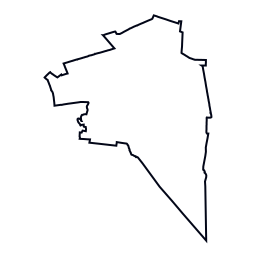 outline of Valea Nucarilor, Tulcea, Romania
{"feature_id": "2599482B55902269150341", "entity_name": "Valea Nucarilor", "entity_type": "district", "adm_level": 2, "iso_a3": "ROU", "parent_name": "Romania", "parent_adm1": "Tulcea", "projection": "robinson", "projection_center": [28.899, 45.009], "detail": "fine", "context": "isolated", "style": "outline", "palette": "ink", "viewbox_px": 256, "rotation_deg": 0, "n_neighbors": 0, "source": "geoboundaries", "source_scale": "gbopen_adm2", "svg_char_len": 5313}
<svg xmlns="http://www.w3.org/2000/svg" viewBox="0 0 256 256"><path d="M202.6,66.1L201.9,65.7L201.6,65.5L202.9,65.5L203.4,65.5L204.4,65.5L205.8,65.5L205.8,63.6L205.9,62.7L205.9,60.0L201.8,59.9L200.9,59.9L198.8,59.9L198.1,59.8L196.8,59.8L194.9,59.8L194.5,59.6L193.6,59.4L192.3,58.9L190.6,58.3L189.6,58.0L188.9,57.6L187.1,56.4L186.5,56.1L184.2,54.6L183.1,54.0L181.6,53.1L181.5,52.9L181.5,52.6L181.8,48.9L182.0,46.9L182.1,44.7L182.1,44.3L182.6,32.6L182.6,32.4L182.3,32.3L180.0,31.4L180.9,24.4L181.3,21.3L179.0,21.2L178.8,22.1L178.7,22.3L178.4,23.5L176.9,23.0L176.3,22.8L173.8,22.0L171.6,21.3L170.3,20.9L166.0,19.4L157.9,16.8L156.8,16.3L153.8,15.4L152.3,18.8L151.4,19.3L149.9,19.9L148.2,20.6L143.8,22.5L143.7,22.6L141.2,23.6L138.7,24.7L138.5,24.8L137.9,25.1L137.4,25.4L137.2,25.5L137.0,25.4L133.6,26.8L132.3,27.5L131.8,27.7L130.4,28.4L129.6,28.6L129.0,29.1L128.3,29.5L126.0,30.7L123.9,31.8L122.7,32.5L122.4,32.7L122.2,32.8L120.8,33.5L120.3,33.7L119.9,33.9L119.8,34.0L119.2,34.0L118.5,34.0L116.6,33.9L116.5,33.7L115.5,31.8L115.4,31.6L115.2,31.5L114.9,31.6L114.0,31.8L112.9,32.1L107.4,33.8L106.6,34.0L105.2,34.5L104.1,34.9L103.6,35.2L103.4,35.2L103.0,35.2L103.1,35.3L114.4,48.4L113.7,48.6L110.7,49.6L109.9,49.9L109.0,50.1L107.7,50.4L106.3,50.9L106.1,50.9L105.0,51.2L102.4,52.0L99.6,52.8L98.6,53.0L96.3,53.6L95.4,53.9L95.0,53.8L94.8,54.1L94.4,54.3L91.1,55.3L90.8,55.3L90.3,55.4L89.0,55.7L88.7,55.8L88.6,56.0L88.4,56.1L88.1,56.2L87.8,56.3L87.4,56.5L86.1,56.8L85.0,57.1L84.2,57.4L83.0,57.7L82.5,57.9L80.1,58.6L79.4,58.8L78.6,59.0L78.2,59.1L77.1,59.4L77.1,59.5L76.7,59.5L63.6,63.5L63.9,64.2L64.7,66.1L64.7,66.3L67.4,72.9L67.6,73.5L66.0,73.9L61.7,75.3L61.3,74.5L57.4,77.4L56.7,77.0L53.4,74.8L52.7,74.2L52.4,74.1L52.2,74.0L51.9,73.7L51.2,73.2L50.5,72.6L50.4,72.5L50.3,72.4L50.2,72.2L50.0,72.3L49.6,72.5L48.7,73.4L46.3,75.7L45.2,76.9L44.8,77.2L44.6,77.5L46.6,79.3L47.6,79.9L47.6,80.1L47.9,80.7L47.9,80.8L48.2,81.6L48.5,82.2L48.6,82.6L48.9,83.2L49.0,83.6L49.5,84.9L49.9,85.7L50.2,86.8L50.6,88.0L51.0,89.2L51.4,90.4L51.3,90.5L51.8,91.1L52.1,91.4L52.3,91.7L52.6,92.5L52.9,93.2L53.0,93.5L53.4,96.0L53.5,96.2L53.8,98.3L53.8,98.6L54.3,102.9L54.5,105.7L61.0,104.8L61.5,104.9L62.5,104.7L62.9,104.6L64.3,104.3L64.5,104.3L65.8,104.1L68.3,103.7L71.4,103.3L75.8,102.7L78.1,102.4L80.6,102.0L81.2,102.0L83.0,102.0L88.2,102.2L88.5,102.7L88.5,102.9L88.5,103.1L88.4,103.4L87.8,104.7L87.5,105.1L87.0,105.9L86.8,106.9L86.9,107.3L87.0,108.2L87.3,108.7L87.5,109.3L87.6,109.9L87.5,110.6L87.3,111.2L87.0,112.1L86.7,113.3L86.4,114.3L85.6,114.2L85.1,114.2L84.5,114.3L84.1,114.3L83.5,114.5L82.8,114.9L82.6,114.9L82.4,114.9L82.1,114.9L82.0,115.0L81.8,115.1L81.7,115.3L81.5,115.6L81.3,116.2L81.1,116.6L80.9,117.2L80.9,117.3L80.8,117.6L80.9,117.9L80.9,118.2L80.9,118.6L81.0,118.7L81.0,119.2L81.2,120.3L81.2,120.5L81.5,121.0L81.4,121.0L81.0,120.5L81.0,120.4L80.8,119.5L80.8,119.3L78.4,118.5L78.0,118.6L77.7,118.9L77.6,119.0L77.5,119.3L77.6,119.8L77.6,120.3L77.8,120.8L77.9,121.1L78.1,121.5L78.2,122.0L78.6,122.6L80.0,124.2L80.2,124.6L80.3,125.3L80.5,125.5L80.9,125.3L81.6,124.9L82.2,124.8L83.0,124.7L83.7,124.6L83.7,125.6L83.7,126.2L83.7,126.4L83.8,126.6L84.1,126.8L85.7,127.0L85.7,127.4L85.9,128.0L86.0,129.2L85.8,131.2L82.6,130.6L81.6,132.6L79.8,132.4L79.6,136.3L79.6,136.7L79.7,136.9L79.8,137.0L79.9,137.4L79.8,138.4L79.7,138.8L80.7,138.9L83.3,139.0L87.5,139.3L90.0,139.4L89.4,142.7L98.6,143.7L116.3,145.7L116.7,142.9L116.8,142.6L116.8,142.1L121.1,142.8L122.4,143.0L124.5,143.3L126.7,143.6L126.9,143.8L127.2,144.1L127.7,145.1L128.1,145.3L128.3,145.7L128.5,146.6L128.6,146.9L128.8,147.4L128.8,147.9L129.0,148.3L129.2,148.8L129.5,149.2L129.5,149.4L129.6,149.8L129.5,150.4L129.7,150.7L130.0,151.2L130.1,151.5L130.2,151.9L130.6,152.3L130.8,152.8L130.9,153.6L131.1,153.9L131.5,154.7L132.0,154.8L132.8,155.0L134.6,156.1L134.8,156.2L135.6,156.2L136.0,157.1L136.6,157.1L136.8,157.1L137.0,157.1L137.3,157.1L137.5,157.2L137.8,157.4L138.3,158.0L142.5,163.3L159.6,186.7L172.7,201.7L182.6,213.4L206.2,240.6L205.3,186.3L205.0,181.5L206.2,177.2L206.3,175.5L206.2,175.0L206.0,174.5L205.9,174.2L205.7,174.0L205.5,173.6L205.3,173.3L205.1,173.1L204.6,172.8L204.5,172.6L204.6,172.3L204.8,172.1L204.8,171.8L204.6,171.4L204.4,170.9L204.3,170.6L204.1,170.4L203.9,170.1L203.5,170.1L203.3,169.8L203.2,169.6L203.3,166.5L205.3,156.0L205.9,151.8L205.8,147.5L206.6,142.9L207.5,138.4L208.3,133.6L207.1,133.6L207.0,133.3L206.9,133.2L206.7,133.1L206.5,132.7L206.4,132.3L206.4,132.0L206.4,131.7L206.4,130.5L206.5,129.6L206.5,127.4L206.5,126.7L206.5,126.3L206.5,125.5L206.6,124.9L206.6,124.5L206.6,124.2L206.6,123.1L206.6,122.5L206.6,122.1L206.7,120.9L206.7,120.4L206.7,119.4L206.7,118.7L206.6,118.0L206.7,117.8L206.8,117.5L207.7,117.6L208.9,117.7L209.5,117.7L210.5,117.6L210.9,117.5L211.0,117.4L211.4,117.1L211.4,116.8L211.4,116.6L211.4,116.4L211.3,115.7L211.3,115.3L211.1,114.4L211.0,114.1L210.7,113.5L210.9,113.5L210.9,113.4L210.1,109.3L210.1,109.1L210.0,108.4L209.4,105.4L209.4,105.0L209.3,104.2L209.0,102.5L208.6,100.6L208.5,99.8L208.5,99.5L208.4,99.2L208.3,98.6L208.2,98.2L208.0,96.8L207.6,95.0L207.5,94.1L207.1,92.1L207.0,91.7L206.9,90.7L206.8,90.0L206.3,87.3L206.1,86.3L205.9,85.0L205.8,84.3L205.7,83.8L205.5,82.4L205.2,80.7L205.1,80.4L204.9,79.1L204.6,77.6L203.9,73.2L203.6,71.8L203.5,71.1L203.3,70.2L202.8,67.2L202.6,66.1Z" fill="none" stroke="#020617" stroke-width="2"/></svg>